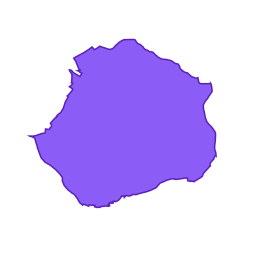 the district of Ludos, Sibiu, Romania, rotated 106°
{"feature_id": "2599482B73339255200359", "entity_name": "Ludos", "entity_type": "district", "adm_level": 2, "iso_a3": "ROU", "parent_name": "Romania", "parent_adm1": "Sibiu", "projection": "orthographic", "projection_center": [23.908, 45.934], "detail": "fine", "context": "isolated", "style": "filled", "palette": "violet", "viewbox_px": 256, "rotation_deg": 106, "n_neighbors": 0, "source": "geoboundaries", "source_scale": "gbopen_adm2", "svg_char_len": 5710}
<svg xmlns="http://www.w3.org/2000/svg" viewBox="0 0 256 256"><g transform="rotate(106 128 128)"><path d="M214.7,150.3L214.2,150.1L213.5,149.8L213.5,149.4L213.5,148.5L213.7,147.4L214.0,144.2L213.5,144.2L212.6,144.2L212.3,143.4L212.4,141.8L212.3,141.4L212.1,140.9L211.5,138.4L213.0,138.3L212.9,137.9L212.8,136.9L213.0,136.7L212.8,135.5L211.9,132.9L211.1,132.7L209.9,129.6L209.2,128.3L208.9,127.0L208.9,125.7L208.0,124.3L207.3,124.3L207.2,124.6L207.1,125.7L207.0,125.8L206.7,125.8L206.2,125.6L205.8,125.0L205.0,125.2L204.0,124.1L205.0,123.4L204.7,122.6L204.4,121.9L204.0,121.4L202.8,122.3L202.4,121.8L202.1,121.0L202.2,119.5L201.1,118.2L200.5,117.7L199.3,116.7L197.5,116.0L196.1,115.5L195.1,115.3L195.2,114.7L194.9,114.3L194.7,113.2L194.9,113.0L194.8,112.8L194.4,112.9L194.2,112.8L194.3,112.6L195.0,112.6L195.7,112.4L194.8,111.9L193.3,111.3L193.4,109.7L193.3,108.9L192.8,108.4L192.9,107.7L191.2,105.5L190.3,104.5L189.8,101.7L189.2,101.1L185.7,95.4L184.8,93.7L184.4,93.0L181.9,89.4L180.3,87.5L178.0,84.9L177.6,84.6L177.2,84.3L176.1,83.8L172.7,82.3L172.1,81.9L171.8,81.6L170.4,79.7L168.6,77.6L166.9,75.5L166.6,74.8L165.6,73.2L164.8,72.2L164.6,71.7L164.5,71.1L164.5,70.5L164.3,68.3L164.1,67.6L163.9,66.8L163.5,66.1L162.5,63.7L160.4,59.3L160.1,58.4L159.7,57.3L162.3,55.9L162.1,54.9L162.2,53.6L162.0,53.0L161.8,52.8L161.5,52.0L161.4,51.3L161.4,50.7L161.5,50.1L161.5,49.9L158.3,46.9L155.6,44.5L153.8,43.2L150.8,43.0L147.5,41.3L142.8,39.1L141.8,38.4L141.4,38.5L141.0,38.9L140.4,39.2L139.6,39.2L138.9,39.1L138.1,38.8L135.6,37.7L134.3,37.0L133.1,37.0L132.4,36.9L130.2,36.3L130.1,36.2L130.4,35.7L127.6,36.8L126.7,37.3L125.3,38.4L124.5,38.8L123.8,39.0L122.9,39.3L120.7,39.9L117.9,40.3L115.1,40.8L114.4,41.0L110.6,41.9L109.7,42.3L109.1,42.3L108.7,42.5L107.7,43.4L106.9,44.2L106.0,45.4L105.4,46.0L104.4,47.4L103.5,48.7L102.1,51.3L101.2,52.6L100.1,54.0L99.8,54.3L98.1,55.5L97.0,56.3L96.2,56.8L91.0,59.4L90.6,59.7L89.8,60.2L88.7,60.7L87.3,61.3L85.5,61.9L83.3,61.7L82.6,61.4L80.9,61.1L78.8,60.1L77.5,59.6L75.2,59.1L73.8,58.5L72.4,58.1L71.6,57.8L69.9,57.3L69.4,57.3L68.8,57.4L66.8,58.4L65.1,59.0L63.1,60.1L62.5,60.6L62.1,61.1L62.4,61.1L62.5,61.2L62.7,61.6L62.9,62.2L63.3,63.0L63.4,63.4L64.0,65.6L64.1,66.1L64.4,66.8L64.7,68.1L65.0,68.8L65.1,69.3L65.1,69.9L65.5,70.7L65.5,71.0L65.2,71.4L65.1,71.7L64.5,72.3L64.1,72.8L63.4,73.2L62.4,73.6L61.1,74.3L60.3,74.8L60.9,75.6L61.4,76.5L61.6,77.2L61.6,77.5L61.3,78.1L61.2,78.6L61.1,79.3L61.2,80.7L61.2,81.0L61.0,81.4L60.0,83.2L59.3,84.9L58.8,85.6L58.6,86.0L58.8,86.9L58.7,87.7L58.8,88.3L58.5,89.6L58.3,90.0L58.1,91.1L57.7,91.6L56.9,93.5L56.5,94.1L56.2,94.6L56.0,94.8L55.6,95.0L55.1,95.0L54.8,95.1L53.9,96.0L53.3,96.7L52.9,97.3L52.7,97.7L52.7,98.2L53.0,99.5L52.9,100.1L52.8,100.8L52.2,102.5L51.8,103.5L51.6,104.3L51.4,105.6L51.4,106.6L51.5,107.7L51.6,108.6L51.6,110.0L51.6,110.7L51.9,111.8L52.1,112.1L52.2,112.6L52.3,113.9L52.2,115.5L52.0,116.8L51.7,117.7L51.6,118.5L51.6,118.8L51.3,119.4L50.8,120.0L50.4,121.2L49.8,122.5L49.3,123.1L49.1,123.8L48.7,124.3L48.4,124.6L48.3,125.8L48.4,126.7L48.5,127.6L48.7,128.1L48.7,128.4L48.6,128.8L48.0,130.2L47.8,131.0L47.9,131.7L48.0,132.4L47.9,132.8L47.7,133.2L47.3,133.9L46.7,135.1L46.2,135.6L45.9,136.0L45.7,136.2L45.4,137.2L44.6,138.8L44.4,139.3L44.4,139.9L44.2,140.8L44.2,141.5L44.1,141.9L43.9,142.3L42.8,143.8L41.9,144.8L41.4,145.3L41.3,145.6L41.4,147.1L41.9,148.9L42.4,150.5L43.1,152.7L43.8,154.8L44.0,155.6L44.0,155.9L44.5,156.6L44.9,156.9L45.2,157.4L45.6,157.8L46.0,158.2L47.2,159.4L48.5,160.4L50.2,161.4L51.5,162.3L54.3,163.7L55.8,164.5L57.5,167.0L57.6,170.1L57.4,172.3L57.4,174.3L57.4,175.1L57.2,177.8L58.3,178.6L59.2,179.2L62.0,181.9L60.0,184.9L63.1,187.2L66.7,190.3L69.0,192.5L74.2,197.9L75.9,199.4L76.8,198.3L77.1,198.0L78.0,196.9L80.3,195.1L81.6,194.0L83.0,193.0L84.2,192.1L84.9,191.4L85.2,190.8L85.4,190.3L85.5,189.8L85.6,189.7L85.9,190.1L85.9,190.4L86.2,190.8L86.5,191.8L86.8,192.3L86.8,192.0L87.1,190.7L87.4,190.4L87.5,190.0L87.8,189.1L87.8,188.6L88.0,187.4L88.9,187.7L91.7,188.4L89.9,195.5L89.8,195.8L88.4,197.8L88.2,198.3L88.1,198.7L88.2,200.4L88.7,200.2L89.0,200.0L92.0,196.6L95.5,195.7L98.8,194.9L100.1,195.0L100.2,193.9L100.3,193.3L101.6,193.8L102.9,194.4L103.4,194.8L104.5,195.7L104.8,194.6L105.2,193.6L106.0,191.7L106.3,191.8L107.6,192.2L110.3,193.3L111.7,194.0L112.6,194.4L113.4,194.9L114.0,195.3L114.8,194.0L118.1,195.0L119.9,195.4L123.1,195.5L126.8,195.7L128.3,196.0L131.5,196.9L133.1,198.0L133.9,198.7L135.1,199.5L135.7,199.4L135.9,199.2L136.1,199.3L136.2,199.8L136.3,199.9L136.6,199.8L136.9,199.4L137.2,199.5L137.6,199.9L137.6,200.0L137.6,200.3L138.4,200.8L139.6,201.3L141.1,202.2L143.1,203.0L144.9,203.9L145.3,203.5L145.5,202.9L145.7,202.7L146.0,202.5L147.2,202.1L147.5,202.1L149.1,202.6L149.3,202.8L149.6,203.1L150.4,203.1L151.0,203.4L151.2,203.7L151.5,205.6L151.5,206.4L151.7,207.0L155.0,206.4L155.7,206.4L156.4,208.0L157.0,209.3L159.6,213.0L160.5,214.1L162.0,217.1L162.9,220.3L163.0,219.9L162.8,219.1L162.9,218.1L162.9,217.2L163.1,216.3L163.4,215.2L163.6,214.8L164.1,214.4L166.8,212.8L169.4,211.1L170.8,210.0L172.0,209.7L172.9,208.9L178.3,205.0L180.7,203.1L181.0,202.8L182.9,199.5L183.6,198.7L184.6,195.1L184.8,194.3L185.0,193.0L185.2,192.4L185.6,191.4L185.9,191.0L186.0,190.5L187.7,186.7L187.8,186.4L188.0,185.8L188.5,185.2L189.8,183.0L190.1,182.3L190.7,181.3L191.3,180.5L193.4,177.8L194.0,177.3L195.0,177.0L195.3,177.0L196.0,176.9L197.0,176.4L197.5,176.2L199.1,174.8L200.3,173.9L200.7,173.6L201.3,172.8L201.8,171.9L202.3,171.4L202.6,171.0L202.9,170.5L203.1,170.0L203.9,168.8L204.3,168.0L204.7,166.8L205.0,166.0L205.9,164.3L206.2,163.2L206.6,161.4L206.9,161.0L209.6,157.5L210.5,156.5L211.2,155.9L211.7,155.3L213.0,153.9L213.3,153.5L214.2,151.1L214.7,150.3Z" fill="#8b5cf6" stroke="#5b21b6" stroke-width="1.5"/></g></svg>